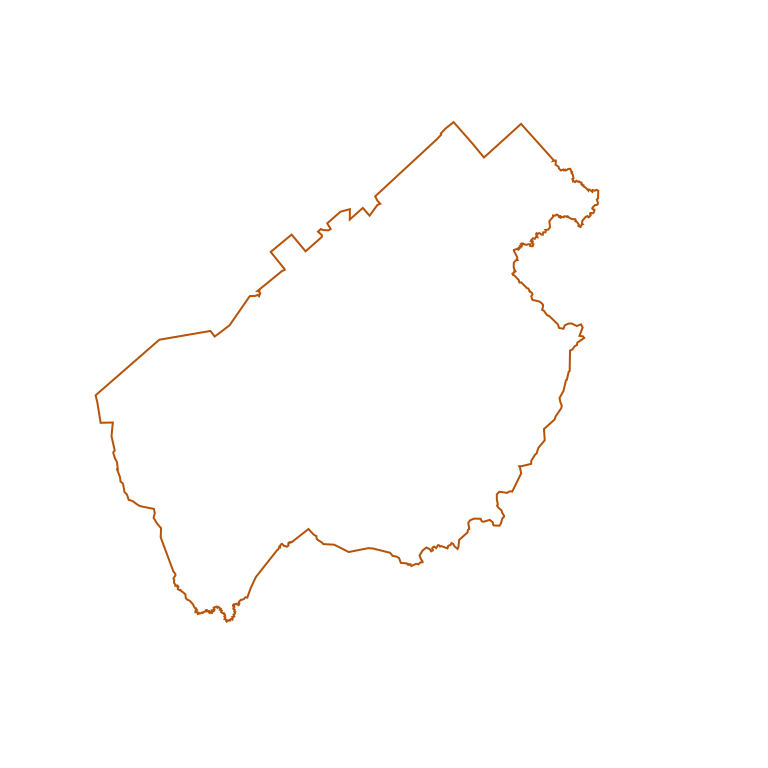 outline of Drustu pag., Raunas, Latvia, rotated 327°
{"feature_id": "27541924B75967933450312", "entity_name": "Drustu pag.", "entity_type": "district", "adm_level": 2, "iso_a3": "LVA", "parent_name": "Latvia", "parent_adm1": "Raunas", "projection": "orthographic", "projection_center": [25.916, 57.238], "detail": "fine", "context": "isolated", "style": "outline", "palette": "amber", "viewbox_px": 768, "rotation_deg": 327, "n_neighbors": 0, "source": "geoboundaries", "source_scale": "gbopen_adm2", "svg_char_len": 6162}
<svg xmlns="http://www.w3.org/2000/svg" viewBox="0 0 768 768"><g transform="rotate(327 384 384)"><path d="M648.2,288.9L640.6,240.5L591.2,248.5L589.2,230.9L585.0,202.3L575.1,203.2L568.1,204.8L567.7,206.1L560.6,207.7L478.8,221.8L478.3,226.5L479.0,230.8L475.8,230.3L463.6,235.0L462.1,224.8L444.9,227.4L450.6,218.8L441.4,215.8L423.9,218.3L423.7,225.0L421.2,224.9L416.8,221.8L415.3,219.6L411.6,220.3L413.0,225.3L411.9,226.8L390.5,230.0L387.9,208.4L360.9,211.5L363.2,233.5L362.9,234.2L360.0,233.7L328.7,237.1L330.2,238.1L329.3,239.3L329.7,240.4L327.0,242.3L326.7,240.6L324.2,240.1L319.3,237.2L286.6,250.6L271.8,251.8L267.8,251.9L267.4,245.0L219.7,224.5L136.0,236.4L133.4,243.7L125.2,262.2L135.6,268.6L127.1,279.3L121.9,293.2L119.9,293.7L119.3,294.6L117.9,299.8L117.5,304.1L114.3,310.6L113.7,310.2L113.4,311.2L111.8,318.5L109.9,322.4L110.7,324.6L110.7,325.8L107.5,333.4L108.2,336.7L106.8,342.1L109.3,345.1L111.9,351.9L114.0,354.7L123.0,363.4L121.5,367.4L117.9,370.7L117.7,377.6L118.5,383.5L113.2,391.0L105.3,426.3L105.5,429.8L105.0,430.8L101.5,432.4L101.3,434.3L100.2,435.3L99.6,436.9L99.7,438.4L99.1,439.6L101.0,440.4L101.0,441.2L100.5,441.5L101.1,442.0L99.3,443.8L100.5,445.8L101.2,445.9L101.1,447.5L101.5,447.8L102.9,452.2L101.2,455.5L101.5,457.7L103.1,460.0L103.8,465.1L103.4,467.1L103.5,469.7L104.1,469.8L104.1,471.6L102.3,471.7L101.5,472.7L103.0,473.9L103.2,474.7L102.7,475.5L104.0,475.9L104.1,475.2L104.8,476.3L107.0,476.5L107.2,477.3L109.2,477.0L111.2,478.0L111.5,476.7L112.3,477.0L112.4,478.5L113.6,479.2L112.8,480.1L112.9,480.7L113.8,480.1L114.6,480.9L114.2,481.6L115.0,482.3L116.2,480.2L117.3,481.8L118.2,481.6L119.0,481.0L119.1,480.4L118.5,480.0L119.4,479.5L119.5,478.8L122.4,479.5L122.4,481.0L123.7,480.8L124.7,483.7L123.4,484.0L124.5,485.8L123.1,486.6L123.9,488.3L125.0,489.2L124.6,489.7L125.0,490.1L124.7,491.4L123.5,491.9L123.9,493.2L122.2,494.2L123.4,495.8L122.7,496.6L123.6,497.0L123.2,497.6L125.8,497.7L125.7,498.3L126.4,498.6L127.0,497.8L128.7,498.0L128.8,498.8L129.5,498.1L129.2,497.8L130.0,497.5L130.0,496.8L131.8,497.4L132.3,495.4L133.3,495.6L135.1,494.1L134.5,493.2L135.9,492.1L135.2,490.5L136.8,489.7L136.3,488.7L136.8,487.3L137.9,487.0L138.2,488.1L139.0,487.5L140.5,487.9L141.6,490.3L143.2,489.3L143.0,488.1L143.7,487.7L146.5,487.0L147.0,487.6L149.6,488.0L151.7,487.4L153.0,488.7L161.0,482.6L171.4,476.1L204.0,465.1L205.1,465.2L207.5,463.5L208.0,464.4L208.9,463.0L210.8,462.3L211.5,462.6L211.9,465.4L212.7,465.7L213.9,467.6L215.9,467.4L216.7,465.9L218.0,465.9L217.9,465.2L219.5,465.5L220.2,466.4L241.7,464.5L243.0,472.1L244.5,474.8L243.6,476.1L243.3,478.3L245.4,482.5L246.0,485.3L254.7,491.6L262.9,505.7L281.4,513.1L285.1,515.9L297.2,528.9L297.6,532.8L300.8,535.9L301.8,538.4L300.7,543.2L305.3,546.8L305.2,547.1L306.1,548.1L305.9,548.6L306.7,548.7L306.6,549.4L308.1,549.7L307.8,551.5L313.0,552.3L314.6,554.0L317.2,553.4L319.3,554.5L319.7,553.6L319.6,550.8L320.5,547.1L325.9,544.6L330.4,544.2L332.4,547.3L332.4,550.0L334.3,550.2L334.7,549.9L334.8,548.2L335.8,547.6L337.4,547.6L338.4,550.0L341.5,548.6L342.2,549.0L342.5,550.9L343.7,551.1L347.7,556.4L349.8,554.7L352.3,555.2L354.0,554.2L354.9,555.6L354.7,558.5L355.9,562.4L357.6,561.3L362.1,555.7L373.1,554.0L375.1,552.0L376.6,552.0L378.9,546.5L381.9,545.2L386.1,545.9L391.6,549.6L391.2,552.3L392.3,553.7L398.7,555.6L399.9,559.4L398.9,561.4L399.0,562.4L403.6,565.7L406.0,564.7L410.5,560.9L411.8,561.0L412.9,560.0L413.0,556.1L413.7,554.0L412.6,550.2L412.6,547.5L413.9,547.0L415.7,542.4L418.5,538.0L422.1,537.2L428.0,542.4L430.6,542.4L433.0,544.0L450.3,533.7L452.5,528.4L452.6,526.6L454.7,527.9L463.9,531.1L465.8,528.5L472.1,525.6L474.1,525.4L478.7,521.6L488.2,518.7L493.6,508.9L507.7,506.7L510.4,504.6L519.3,500.9L521.3,499.0L522.0,495.3L523.6,491.3L530.7,487.6L538.6,480.0L539.6,480.1L545.6,474.3L546.8,474.2L558.2,457.3L561.0,457.6L564.4,456.2L567.0,456.4L568.7,454.6L577.0,454.4L576.8,452.4L574.2,450.1L581.4,444.8L581.7,441.3L577.2,440.3L574.3,435.4L571.8,433.9L567.7,433.2L564.6,435.4L561.4,432.4L562.3,428.6L559.7,417.2L558.2,414.9L558.0,409.6L557.0,408.0L559.4,405.8L560.5,404.0L560.4,402.9L559.4,399.6L554.3,394.3L555.3,390.6L557.3,389.8L557.7,388.4L557.0,385.8L556.5,385.8L557.1,382.6L556.1,381.5L554.4,373.5L553.0,372.8L552.9,371.5L553.6,370.6L553.5,369.4L552.4,363.8L551.6,362.8L551.8,361.4L554.1,361.4L554.6,360.4L555.6,361.0L555.9,357.9L556.6,356.3L559.0,352.9L562.1,352.1L563.5,352.8L563.6,351.6L564.8,350.3L565.4,343.5L565.9,342.4L569.1,343.1L569.9,344.6L570.7,344.3L570.8,343.2L571.3,343.0L572.2,343.9L572.8,343.9L573.3,342.5L574.5,343.5L575.4,342.2L575.1,341.1L576.1,341.1L576.3,341.3L576.0,342.5L577.3,342.2L578.0,343.7L579.1,344.7L581.8,345.7L582.4,346.7L581.8,347.9L583.7,349.5L585.4,348.1L584.5,346.4L586.3,345.8L586.4,345.1L585.0,344.1L586.0,343.4L588.3,342.9L589.5,344.4L591.8,343.3L592.7,344.5L593.0,343.9L593.1,341.2L594.0,340.6L594.9,341.9L596.5,341.9L597.6,344.7L598.4,345.3L600.1,343.5L602.0,344.7L603.5,343.4L603.4,342.8L605.5,343.9L606.9,343.7L608.8,342.7L611.3,337.5L616.9,335.8L617.6,334.7L619.3,336.1L621.1,335.9L621.9,337.1L622.1,338.0L621.8,338.5L622.9,339.0L622.0,339.7L622.7,340.8L623.6,340.2L625.4,342.0L626.4,341.5L627.8,342.4L628.4,343.5L629.4,343.4L629.5,344.5L630.5,346.6L632.0,348.6L634.1,349.9L634.0,351.3L633.2,351.7L634.1,353.2L634.2,356.7L633.1,357.4L634.3,359.4L636.1,358.2L637.7,358.3L637.4,357.3L639.3,355.1L644.1,353.7L646.2,354.0L646.2,355.5L646.6,355.8L648.3,355.4L649.4,354.9L649.4,353.6L650.2,353.0L652.4,354.6L654.0,354.0L655.4,352.4L654.2,351.0L654.2,350.3L654.9,349.7L658.1,348.8L659.8,349.7L661.2,349.6L662.2,348.3L662.9,345.2L664.6,344.9L668.9,338.7L668.1,337.0L665.9,336.6L664.7,335.0L663.4,336.3L662.4,333.2L661.3,332.1L660.7,332.9L660.0,329.0L659.0,327.1L659.6,325.9L658.5,325.3L659.0,324.5L658.4,323.8L659.3,322.6L658.1,321.4L657.9,320.3L656.9,320.2L656.0,318.3L654.1,318.7L653.6,317.2L652.9,317.0L653.5,316.0L653.5,314.8L655.1,314.6L656.4,311.0L656.2,309.3L657.2,308.8L656.7,307.9L657.1,307.4L657.4,305.0L655.7,304.0L652.7,304.0L652.4,303.7L652.5,302.8L651.3,302.8L651.2,301.8L648.7,301.3L648.1,298.6L648.7,296.9L647.3,293.4L649.4,291.0L649.7,290.0L647.5,289.1L648.2,288.9Z" fill="none" stroke="#b45309" stroke-width="2"/></g></svg>